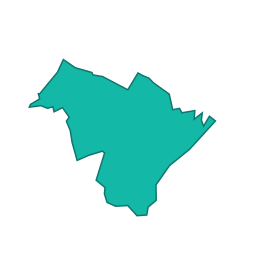 Anderson, Tennessee, United States of America (Mercator projection), rotated 248°
{"feature_id": "52423323B19003785608571", "entity_name": "Anderson", "entity_type": "district", "adm_level": 2, "iso_a3": "USA", "parent_name": "United States of America", "parent_adm1": "Tennessee", "projection": "mercator", "projection_center": [-84.178, 36.106], "detail": "fine", "context": "isolated", "style": "filled", "palette": "teal", "viewbox_px": 256, "rotation_deg": 248, "n_neighbors": 0, "source": "geoboundaries", "source_scale": "gbopen_adm2", "svg_char_len": 779}
<svg xmlns="http://www.w3.org/2000/svg" viewBox="0 0 256 256"><g transform="rotate(248 128 128)"><path d="M194.1,57.8L188.1,57.0L186.4,46.4L184.3,44.3L181.3,55.7L176.4,60.7L175.8,66.3L170.7,65.5L171.4,74.9L160.1,77.5L157.4,73.4L147.2,73.5L135.7,70.8L117.0,68.7L117.4,80.9L116.1,95.6L113.7,97.0L91.5,78.9L81.4,84.4L75.9,81.5L66.9,80.7L60.1,87.2L56.2,98.7L43.3,103.5L40.3,112.8L47.1,117.0L50.4,127.1L64.7,132.6L77.6,152.4L85.1,176.9L101.8,211.7L108.4,207.9L101.4,198.7L107.8,199.0L114.2,202.5L111.3,192.6L119.1,196.5L121.9,183.7L126.9,183.1L128.2,176.3L144.0,178.9L160.5,168.4L166.2,166.2L171.4,161.0L175.3,157.9L163.5,142.1L185.3,123.6L190.3,115.5L193.0,115.3L203.7,101.6L215.7,93.7L206.2,83.6L192.2,57.8L194.1,57.8Z" fill="#14b8a6" stroke="#0f766e" stroke-width="1.5"/></g></svg>